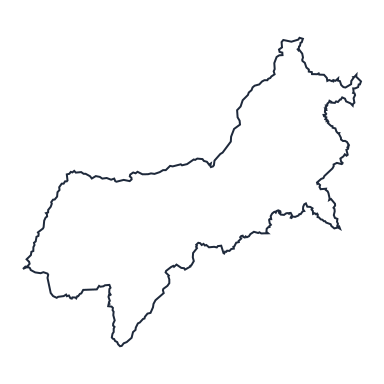 Ataco, Tolima, Colombia (Mercator projection)
{"feature_id": "7082276B46910600615259", "entity_name": "Ataco", "entity_type": "district", "adm_level": 2, "iso_a3": "COL", "parent_name": "Colombia", "parent_adm1": "Tolima", "projection": "mercator", "projection_center": [-75.445, 3.437], "detail": "fine", "context": "isolated", "style": "outline", "palette": "slate", "viewbox_px": 384, "rotation_deg": 0, "n_neighbors": 0, "source": "geoboundaries", "source_scale": "gbopen_adm2", "svg_char_len": 5957}
<svg xmlns="http://www.w3.org/2000/svg" viewBox="0 0 384 384"><path d="M137.9,323.4L139.8,322.5L143.0,319.0L144.5,318.5L144.9,316.8L147.5,313.6L150.5,312.9L153.0,307.3L153.5,303.9L155.5,300.2L163.7,293.1L162.9,290.1L163.4,288.8L167.4,285.9L169.3,283.2L169.3,279.4L168.3,276.4L168.9,275.6L165.6,272.4L166.1,270.9L171.1,267.0L173.3,265.9L174.0,266.8L176.5,264.6L181.3,267.9L184.1,268.2L185.0,269.6L190.5,266.5L190.3,265.8L191.5,265.1L193.8,261.1L192.8,257.3L193.1,253.0L197.0,248.1L196.1,246.9L196.9,245.8L196.2,244.8L198.3,242.8L200.2,243.2L201.7,245.0L203.5,243.9L204.9,245.5L206.3,245.0L209.0,247.3L214.1,246.8L216.8,247.4L217.9,246.1L221.2,245.7L223.5,253.1L224.2,253.5L225.1,251.6L226.3,251.8L227.1,250.7L229.5,250.9L231.3,249.0L233.8,248.6L233.4,246.8L234.2,246.6L236.2,242.7L238.8,242.1L238.6,241.0L241.2,238.6L240.2,237.2L241.3,236.0L242.7,235.7L243.2,236.9L244.8,237.5L245.6,236.4L246.9,237.2L249.0,236.2L250.4,234.1L253.9,231.8L258.2,233.0L259.4,232.3L261.2,233.4L268.1,233.3L266.4,231.8L266.7,228.8L268.1,227.3L269.5,227.0L269.3,226.2L270.9,224.8L269.7,223.2L269.1,219.9L269.6,219.1L271.2,219.1L270.7,216.2L272.1,213.6L273.9,212.1L275.0,211.7L275.8,212.6L276.6,211.0L278.1,210.4L278.7,211.4L279.4,210.8L280.3,211.3L280.5,212.5L279.3,213.1L280.8,214.6L284.0,214.9L286.2,213.3L288.0,213.1L289.0,213.8L289.5,213.0L290.7,212.9L291.9,215.2L290.7,217.7L291.5,218.0L292.4,216.5L295.1,216.9L298.5,215.5L299.4,214.1L300.7,214.1L302.6,211.4L304.2,211.0L303.0,209.3L303.2,206.7L304.3,204.3L305.9,203.4L307.3,206.7L310.2,206.9L312.5,208.3L311.6,209.6L312.8,210.9L313.1,213.9L314.7,213.2L316.0,214.3L317.1,213.6L317.8,214.6L317.6,217.1L318.8,217.3L320.8,219.4L322.4,219.7L323.9,221.2L325.1,221.2L326.2,222.6L330.6,224.2L331.4,226.0L334.3,228.4L338.0,227.5L340.0,228.7L339.1,226.3L337.6,226.5L337.2,226.0L338.0,223.9L337.0,221.7L337.4,218.9L334.9,217.9L333.8,215.1L334.7,211.4L334.5,209.0L333.5,207.8L335.1,205.6L335.0,203.8L331.0,199.0L329.2,200.0L329.6,198.4L328.5,193.3L327.7,191.4L325.7,189.9L326.0,188.7L320.6,189.2L319.5,187.0L320.1,185.1L318.3,183.4L317.4,183.9L317.0,182.5L321.2,178.9L323.4,178.1L324.4,176.0L332.5,168.4L333.7,166.2L333.6,164.5L336.9,162.9L341.6,164.1L342.3,163.7L342.6,162.9L341.1,161.6L340.4,158.5L343.4,156.4L344.8,154.3L346.5,155.7L347.7,154.8L346.4,149.8L347.9,149.0L348.3,147.8L347.5,147.2L348.8,145.8L348.2,145.1L348.7,144.7L346.9,141.9L345.0,140.9L343.0,141.0L341.0,139.5L340.9,137.7L338.9,133.9L339.2,133.1L337.9,133.2L336.4,131.5L335.4,128.4L332.6,127.7L332.5,126.2L330.9,125.8L327.8,122.9L328.4,121.9L327.7,120.6L326.6,121.0L326.7,119.5L325.4,119.2L326.3,117.3L324.1,116.3L323.6,114.9L325.6,114.8L326.2,113.9L324.9,112.0L325.1,110.0L326.1,110.0L325.2,108.4L326.2,108.4L325.7,106.9L326.8,105.9L326.2,105.3L327.3,105.0L327.4,103.6L329.0,102.3L329.5,100.8L331.3,101.8L331.2,102.6L334.9,102.9L336.1,101.4L337.9,102.0L340.1,99.5L340.9,99.5L342.2,97.4L345.0,98.7L346.1,101.4L350.6,103.4L352.7,105.6L352.9,104.1L354.4,102.7L353.6,98.2L355.1,95.1L354.5,93.3L353.1,92.9L353.6,91.7L353.2,88.4L355.1,88.4L358.1,87.1L358.7,84.5L359.9,84.4L361.0,81.4L356.2,76.7L356.4,74.7L354.4,76.9L353.2,77.1L353.6,77.8L351.3,81.0L351.1,84.2L345.5,87.5L343.4,87.1L341.2,85.0L339.9,81.1L337.9,80.6L338.1,78.4L335.5,80.8L334.0,80.3L333.6,81.1L333.0,80.3L332.1,81.2L329.1,80.0L327.3,80.9L326.8,77.9L324.0,74.8L319.2,74.6L318.7,73.4L317.2,74.2L312.0,74.1L311.8,72.1L308.8,71.6L308.8,69.5L306.4,67.5L304.8,62.8L302.5,61.0L302.2,59.9L303.0,57.5L302.2,53.6L299.5,50.1L298.7,50.6L297.7,49.3L298.8,48.5L299.0,46.5L300.0,45.8L300.5,42.8L301.7,42.3L302.9,38.8L299.5,37.8L298.3,39.6L291.4,41.7L283.3,40.0L281.6,42.1L282.0,47.4L279.0,49.5L279.6,51.9L282.3,52.6L282.5,55.1L279.3,55.3L276.6,57.0L274.3,63.1L274.7,69.1L273.7,71.3L274.6,74.3L271.3,76.5L270.3,78.0L268.2,78.8L267.4,80.2L264.4,80.2L262.0,81.5L259.3,84.4L254.6,85.7L252.6,87.4L251.5,90.2L248.8,92.5L247.9,95.0L242.7,100.2L240.6,106.5L237.1,110.2L237.6,117.3L239.6,120.7L240.0,124.6L234.1,128.9L231.1,136.7L230.8,141.6L222.6,152.6L220.3,154.0L214.5,160.6L213.9,165.2L213.0,166.4L210.9,167.1L210.3,166.0L210.8,163.5L209.1,164.7L206.9,161.8L203.8,160.9L202.5,159.1L197.3,158.6L195.1,159.9L193.7,159.5L187.1,164.1L182.0,165.3L180.8,164.3L172.7,166.4L170.1,165.9L165.8,170.1L163.1,170.1L159.8,172.1L154.5,173.9L151.0,173.4L148.1,174.2L142.5,174.3L137.5,171.8L135.6,173.3L133.2,172.5L130.2,174.6L129.8,176.4L131.4,177.7L131.6,179.4L129.7,181.1L123.7,179.9L116.5,181.7L115.3,181.2L114.2,178.6L111.1,179.7L106.7,178.0L102.3,178.6L99.8,176.9L95.8,176.1L91.8,178.5L90.0,176.2L85.6,173.8L83.6,173.8L81.2,172.1L75.8,172.6L74.2,170.9L72.4,172.4L70.8,171.9L69.3,173.8L66.8,174.4L67.5,180.5L66.8,181.3L65.1,181.3L63.6,183.7L61.7,183.7L59.2,187.2L59.5,190.0L57.5,192.2L57.1,196.6L54.7,199.5L53.0,199.7L51.2,202.2L51.8,203.7L50.7,206.8L48.2,209.9L48.1,212.4L46.0,213.1L46.9,214.2L47.1,216.5L45.6,217.6L44.2,220.6L43.6,227.2L43.0,228.5L37.9,232.4L38.7,233.7L38.4,235.9L36.5,236.8L35.7,241.4L34.0,242.8L34.5,245.0L33.4,247.1L33.3,251.0L31.4,251.8L30.9,255.1L26.6,259.3L29.1,261.8L29.6,263.8L27.2,266.6L25.4,266.6L23.0,268.9L26.5,267.3L28.7,267.3L30.0,268.2L30.7,270.0L35.2,272.4L40.6,273.2L43.4,272.2L47.5,273.6L48.2,274.8L47.5,277.9L50.7,293.0L53.1,296.1L56.7,297.8L58.2,296.8L63.7,296.1L66.1,294.6L66.9,296.2L68.9,295.5L70.4,298.2L71.8,298.6L72.4,297.4L75.5,297.5L76.2,298.3L77.3,296.2L78.2,296.2L79.9,293.9L81.3,293.4L83.2,289.9L96.8,289.4L99.1,285.9L100.4,286.7L103.4,286.3L104.9,285.3L109.4,284.9L110.5,287.8L109.4,289.0L109.2,292.3L110.6,294.7L110.0,295.1L109.1,294.6L108.5,296.9L109.8,300.8L108.9,302.2L109.4,303.9L108.6,304.1L108.2,306.2L111.6,306.6L112.9,307.9L112.6,310.2L113.6,311.7L113.3,315.2L114.7,320.4L113.2,323.6L113.1,325.6L114.5,326.9L113.7,328.6L113.7,332.0L112.5,333.8L111.8,337.4L112.8,338.7L114.2,339.1L115.0,340.9L117.2,342.1L118.1,344.3L120.0,346.2L121.7,345.9L123.7,343.3L126.7,342.1L131.6,337.8L133.0,332.1L135.5,329.9L135.8,327.6L137.9,323.4Z" fill="none" stroke="#1e293b" stroke-width="2"/></svg>